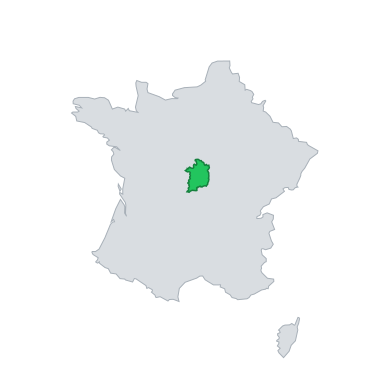 France, with Cher highlighted, rotated 15°
{"feature_id": "FRA-5279", "entity_name": "Cher", "entity_type": "Metropolitan department", "adm_level": 1, "iso_a3": "FRA", "parent_name": "France", "parent_adm1": "", "projection": "mercator", "projection_center": [2.504, 47.022], "detail": "fine", "context": "in_parent", "style": "filled", "palette": "green", "viewbox_px": 384, "rotation_deg": 15, "n_neighbors": 0, "source": "natural_earth", "source_scale": "10m", "svg_char_len": 6578}
<svg xmlns="http://www.w3.org/2000/svg" viewBox="0 0 384 384"><g transform="rotate(15 192 192)"><path d="M293.0,159.8L290.6,161.1L289.2,163.7L287.7,164.3L285.0,164.4L283.7,162.7L280.5,163.8L279.1,165.5L281.1,167.5L274.6,175.9L270.6,178.1L269.7,183.6L264.8,187.7L263.0,192.0L262.9,192.8L264.1,194.2L263.6,197.0L261.2,198.8L261.2,200.6L261.9,200.8L265.6,199.4L267.0,197.7L266.3,195.5L270.0,192.7L276.7,193.4L277.5,197.1L276.7,200.2L281.5,206.8L277.3,209.9L277.0,212.0L281.3,218.6L284.0,221.4L282.6,225.8L278.0,228.7L275.1,228.4L273.9,229.1L274.0,230.5L276.0,234.5L280.9,237.1L281.7,240.1L280.3,241.2L278.0,245.7L279.0,247.9L278.7,248.9L279.1,250.4L280.4,251.9L287.2,255.8L293.4,255.0L294.2,257.2L290.4,263.1L290.6,265.7L288.7,265.8L288.4,266.7L284.6,268.6L278.5,274.5L275.6,276.2L274.4,279.2L272.8,280.9L264.0,284.2L262.3,283.5L258.0,283.6L255.4,281.4L250.3,280.1L248.6,277.0L243.8,276.4L243.6,274.3L236.8,276.2L227.4,273.4L224.1,270.4L221.3,271.2L218.9,273.9L208.7,281.0L204.7,288.4L205.5,296.9L207.8,301.1L201.6,300.5L198.0,301.7L197.0,303.5L188.3,301.4L185.0,303.1L184.1,303.0L183.0,301.2L178.7,299.2L179.4,297.8L178.8,296.6L174.7,295.6L173.3,296.8L171.8,294.3L160.5,290.4L158.7,290.5L157.9,294.3L150.6,294.2L149.6,293.5L144.9,294.3L139.9,290.8L134.4,291.4L131.0,287.7L127.6,287.5L123.0,285.6L120.8,284.6L120.6,283.5L119.2,285.1L117.5,284.8L117.1,284.3L118.2,282.2L118.4,279.8L112.6,278.0L111.0,276.3L111.0,275.3L114.2,274.5L117.0,271.2L119.7,258.9L121.6,244.4L123.1,241.6L124.9,240.8L123.4,238.8L121.6,241.5L122.7,227.9L124.8,217.7L129.7,221.9L130.9,223.7L132.3,229.8L135.1,232.4L133.3,229.9L131.5,221.8L130.4,219.5L122.6,212.7L122.3,211.1L125.7,212.0L124.3,206.9L123.5,196.1L118.8,195.0L111.2,190.4L105.9,182.0L105.3,178.9L106.7,175.6L105.4,173.5L103.2,172.1L104.9,169.2L106.5,168.9L112.0,170.5L107.5,167.8L100.2,168.8L97.3,167.8L96.8,165.8L98.8,163.3L96.3,161.7L92.1,162.0L91.6,161.4L92.8,159.5L91.8,158.8L88.4,159.5L86.4,159.0L84.6,156.9L79.1,156.4L77.9,155.2L70.3,152.7L62.3,153.2L60.1,149.0L55.2,146.9L56.2,145.6L61.0,144.3L62.0,143.1L58.4,141.4L57.2,139.6L63.7,139.3L60.7,137.4L54.4,137.5L53.6,135.0L54.4,132.4L58.1,130.0L67.2,127.5L73.9,127.4L78.6,124.4L83.2,123.6L87.6,125.0L93.6,132.5L98.4,129.2L105.5,129.3L107.0,131.1L108.8,127.8L110.4,129.7L119.1,129.1L117.1,127.8L115.4,124.6L115.1,112.9L110.6,104.3L109.5,101.2L109.8,98.6L115.0,99.1L119.3,97.9L121.4,98.7L121.9,104.2L123.7,107.4L135.6,108.4L142.5,110.1L148.3,107.0L153.8,105.6L154.2,104.9L151.1,105.1L148.2,103.8L147.8,102.3L149.3,98.0L157.6,93.2L169.8,89.1L172.9,86.4L176.5,81.5L175.7,80.2L176.2,66.7L178.0,62.2L182.7,59.0L194.5,55.7L196.0,60.1L195.9,62.5L199.1,66.3L200.6,67.5L205.8,65.4L208.3,69.0L209.0,73.0L215.2,74.7L217.0,79.9L218.2,78.7L222.1,78.9L223.9,79.4L226.4,81.7L225.7,84.8L226.8,86.3L225.7,89.1L226.5,90.3L233.6,90.3L235.7,89.0L236.7,86.2L238.9,84.5L239.7,85.0L238.3,90.3L239.3,91.7L239.8,95.4L242.5,95.7L247.8,98.7L252.2,103.7L257.7,102.9L262.0,105.7L266.4,104.2L270.6,105.8L272.1,107.2L276.0,114.1L279.0,112.7L281.1,113.6L281.8,115.5L289.8,114.4L291.2,116.3L292.9,117.0L303.0,119.6L303.1,122.2L297.3,129.6L294.7,139.9L293.0,143.5L292.4,146.2L292.8,148.0L292.5,150.8L291.3,157.4L292.0,159.4L293.0,159.8ZM329.0,291.3L328.5,295.1L329.9,297.9L330.4,309.0L327.5,314.3L327.0,320.7L323.3,328.3L317.7,324.9L316.0,323.0L317.6,320.1L314.3,318.6L315.1,315.7L314.7,314.3L312.4,314.2L312.3,313.4L314.0,311.3L314.0,309.9L311.8,308.2L311.4,306.7L313.5,305.0L312.5,303.4L311.3,303.0L314.2,298.0L316.2,296.5L320.6,295.1L322.4,293.2L325.3,294.2L325.8,293.7L326.8,285.7L327.8,285.6L328.7,286.6L329.0,291.3ZM122.9,207.4L122.2,209.9L119.2,205.7L118.8,203.4L122.9,207.4Z" fill="#d9dde1" stroke="#a8b0b8" stroke-width="1"/><path d="M182.2,173.7L180.4,173.2L180.0,173.0L181.0,171.9L181.3,171.3L181.3,170.5L181.6,170.6L181.9,170.6L182.3,170.6L182.5,170.4L182.6,170.2L182.6,169.7L182.7,169.4L183.2,168.6L183.4,168.6L184.4,169.0L185.4,169.1L186.3,169.0L187.1,168.5L187.2,168.2L187.3,167.9L186.7,166.4L186.6,166.0L186.6,165.5L186.7,165.1L186.8,164.8L187.1,164.6L187.3,164.5L188.6,165.0L189.1,165.0L189.4,164.2L189.4,163.7L189.3,163.3L189.1,163.0L188.7,162.4L188.2,161.3L187.9,161.0L187.1,161.0L186.9,160.7L186.9,159.9L187.5,159.5L189.0,159.0L189.6,158.9L190.1,158.9L191.1,159.6L191.6,159.7L192.6,159.3L192.9,159.4L193.8,160.2L194.3,160.4L195.3,160.4L195.7,160.6L196.5,161.9L197.2,162.7L197.5,162.9L198.0,162.8L198.3,162.4L198.4,162.0L198.6,161.7L199.0,161.8L199.5,162.3L199.8,162.5L200.2,162.5L200.9,162.0L201.3,161.8L201.4,162.0L201.6,162.4L201.8,163.0L202.3,163.6L202.4,163.8L202.4,164.1L202.3,164.9L202.2,165.0L202.1,165.3L202.0,165.5L202.0,165.8L201.7,166.2L201.5,166.5L201.3,166.9L201.3,167.0L201.5,167.5L201.7,167.8L201.8,167.8L202.0,167.9L202.2,168.0L202.6,168.7L202.8,168.8L203.1,169.0L203.3,169.3L203.3,169.5L203.5,170.5L203.7,170.9L204.0,171.7L204.2,172.6L204.4,173.2L204.4,173.4L204.4,173.6L204.3,174.1L204.3,174.3L204.3,174.5L204.5,174.8L204.9,175.2L205.0,175.2L205.0,175.3L205.1,175.9L205.1,176.6L205.1,177.0L205.2,177.4L205.1,177.7L205.0,178.4L204.8,178.9L204.8,179.0L204.8,179.4L204.9,179.5L205.1,179.9L205.1,180.0L205.1,180.4L205.1,180.6L205.0,180.8L204.5,181.7L204.4,181.9L204.4,182.0L204.3,182.6L203.8,182.6L203.2,182.5L202.4,182.8L201.2,183.6L200.9,184.0L200.6,184.4L200.4,184.4L200.2,184.3L199.8,184.4L199.5,184.8L199.3,184.8L198.7,184.5L198.6,184.4L198.3,184.2L198.2,184.3L197.9,184.7L197.3,185.2L197.0,185.4L196.5,185.5L196.4,185.6L196.5,186.1L196.4,186.3L196.2,186.3L195.7,186.3L195.5,186.6L195.8,187.0L195.8,187.3L195.7,187.6L195.7,187.8L195.8,188.1L196.1,188.5L196.3,188.8L196.3,189.1L196.3,189.3L196.2,189.4L194.6,189.9L193.7,189.9L193.2,190.1L192.8,190.1L192.5,190.1L192.1,190.2L191.0,190.8L190.7,191.2L190.5,191.4L190.3,191.5L190.2,191.6L189.9,191.8L189.8,192.2L189.3,193.0L187.4,192.9L187.1,193.0L187.2,192.5L187.4,192.2L187.9,191.7L188.1,191.4L188.1,191.1L188.1,190.7L187.9,190.0L187.8,189.7L187.5,189.5L187.4,189.4L187.4,189.1L187.9,188.2L188.0,187.8L188.0,187.3L187.9,186.9L187.7,186.6L187.3,186.4L187.2,186.2L187.2,185.9L187.2,185.6L187.2,185.4L187.0,185.1L186.8,185.0L186.0,184.8L185.8,184.6L185.7,184.4L185.7,184.1L185.8,183.9L186.5,183.3L186.6,183.0L186.5,182.7L186.3,182.5L186.1,182.4L185.9,182.2L185.8,181.7L185.9,181.2L186.1,180.7L186.2,180.4L186.9,179.7L186.9,179.4L186.7,179.1L186.1,178.7L185.9,178.3L185.9,177.9L186.2,177.1L186.2,176.7L186.0,176.3L185.8,176.0L185.3,175.5L185.2,175.3L185.2,175.1L185.4,174.6L185.4,174.2L185.4,173.9L185.3,173.7L185.1,173.5L184.7,173.3L183.7,173.2L183.3,173.3L182.6,173.7L182.2,173.7Z" fill="#22c55e" stroke="#15803d" stroke-width="1.5"/></g></svg>